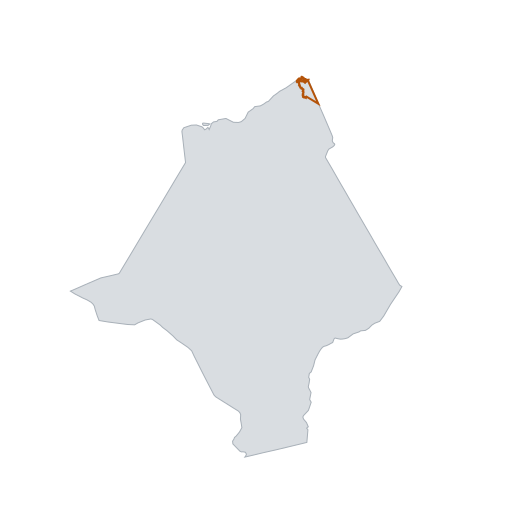 Lunga Lunga, Coast, Kenya shown in context, rotated 211°
{"feature_id": "3690345B53478860661951", "entity_name": "Lunga Lunga", "entity_type": "district", "adm_level": 2, "iso_a3": "KEN", "parent_name": "Kenya", "parent_adm1": "Coast", "projection": "albers", "projection_center": [39.245, -4.434], "detail": "fine", "context": "in_parent", "style": "outline", "palette": "amber", "viewbox_px": 512, "rotation_deg": 211, "n_neighbors": 0, "source": "geoboundaries", "source_scale": "gbopen_adm2", "svg_char_len": 7030}
<svg xmlns="http://www.w3.org/2000/svg" viewBox="0 0 512 512"><g transform="rotate(211 256 256)"><path d="M115.2,305.0L115.0,299.0L115.8,283.8L115.6,270.4L116.3,263.7L119.6,259.5L121.1,256.4L122.1,252.1L123.9,248.6L127.8,245.7L128.5,244.1L132.6,239.3L135.1,233.2L137.0,231.1L139.3,229.2L141.0,228.1L143.7,227.1L145.8,226.5L146.2,226.0L146.4,225.0L145.7,221.3L146.6,220.0L148.0,217.5L149.7,215.1L151.2,213.6L152.0,212.0L152.4,209.4L152.5,207.5L152.4,204.4L151.9,197.4L150.1,191.5L149.0,185.0L149.8,182.8L148.3,179.0L147.7,178.8L146.5,177.9L145.0,174.3L143.9,171.0L143.2,170.2L138.5,167.3L136.1,160.6L133.4,159.1L131.9,152.3L131.6,150.4L133.1,143.6L132.9,142.1L131.3,140.7L126.9,139.2L123.2,136.5L123.7,135.5L123.9,134.5L122.0,133.8L116.4,122.4L123.5,115.4L130.7,108.3L139.8,99.4L148.3,91.3L155.5,84.2L162.0,77.9L161.9,79.1L161.9,80.7L162.7,81.6L164.1,82.3L166.0,81.6L167.6,80.6L169.2,80.4L179.0,83.0L180.7,85.2L180.6,87.7L181.0,89.4L180.3,91.2L179.5,96.6L179.7,101.6L182.7,105.2L185.3,108.1L187.4,112.1L189.0,113.3L191.1,114.0L197.9,114.1L207.8,114.3L217.4,114.5L218.3,114.6L220.4,115.2L229.2,120.6L237.3,125.6L244.2,129.9L250.8,134.1L257.3,138.2L262.3,141.6L267.2,142.6L275.3,143.1L280.8,143.3L285.9,144.7L293.6,146.1L299.3,146.7L302.7,147.5L312.2,148.3L313.8,147.8L318.0,144.1L322.7,137.9L324.6,134.5L330.7,131.2L341.4,126.5L348.9,123.2L357.3,119.9L361.1,122.8L366.4,127.4L368.7,129.7L370.6,130.7L373.5,131.4L377.0,131.4L378.9,131.3L382.7,130.8L391.8,130.2L397.0,130.3L392.6,136.4L387.4,143.8L377.7,157.3L370.3,164.4L364.8,169.8L364.3,170.7L364.3,176.8L364.3,191.5L364.4,221.0L364.4,250.5L364.5,280.0L364.5,294.8L364.5,299.8L369.3,306.0L374.0,312.1L380.2,320.2L383.6,324.5L384.1,325.9L383.9,328.8L378.8,334.8L374.6,337.6L368.9,338.9L367.2,338.6L365.0,337.7L364.1,339.2L363.5,341.4L362.2,341.0L361.3,340.3L361.8,344.3L362.4,346.3L361.5,349.0L358.8,351.3L358.5,353.3L352.6,358.4L344.2,359.0L339.7,361.5L337.8,363.6L336.2,368.2L336.8,375.3L334.4,380.7L334.0,383.4L329.6,386.9L327.7,390.1L326.3,393.4L325.0,394.9L323.5,402.2L321.5,406.7L321.0,408.2L320.5,409.5L318.9,412.1L317.9,413.9L317.1,415.1L312.0,426.6L308.0,431.7L304.9,431.2L302.8,433.2L302.6,434.1L301.5,433.6L298.8,431.7L293.5,427.8L288.1,423.9L282.7,420.0L277.3,416.1L271.9,412.3L266.5,408.4L261.1,404.5L255.7,400.6L252.6,398.3L251.2,397.0L250.1,394.3L249.5,393.6L248.1,392.8L246.4,392.6L245.9,392.1L245.9,390.8L246.5,388.9L248.5,385.4L248.7,383.3L248.3,380.9L247.7,377.1L247.1,376.2L243.5,374.2L236.0,370.1L228.5,365.9L221.0,361.7L213.5,357.6L206.0,353.4L198.5,349.3L191.0,345.1L183.5,341.0L175.9,336.8L168.4,332.7L160.9,328.5L153.4,324.4L145.8,320.3L138.3,316.1L130.8,312.0L123.2,307.9L120.4,306.3L117.8,305.0L115.2,305.0ZM364.9,345.0L363.6,345.4L364.3,343.3L368.2,340.8L369.7,341.4L370.0,341.9L370.0,342.5L369.3,343.0L364.9,345.0Z" fill="#d9dde1" stroke="#a8b0b8" stroke-width="1"/><path d="M281.0,418.6L299.1,431.2L300.7,432.3L301.5,432.9L301.6,433.2L301.9,433.2L302.0,433.5L302.4,433.6L302.5,433.5L302.5,433.4L302.4,433.3L302.3,433.2L302.2,433.0L302.2,432.7L302.3,432.3L302.4,432.1L302.5,432.0L302.5,431.9L302.6,431.7L302.7,431.3L302.7,431.2L302.9,431.1L303.0,431.1L303.1,430.9L303.3,430.8L303.5,430.8L303.6,431.0L303.8,430.9L304.0,431.0L304.1,430.9L303.8,430.6L303.6,430.6L303.6,430.4L303.4,430.2L303.2,429.8L303.2,429.7L303.3,429.7L303.5,429.8L303.6,430.0L303.9,430.1L304.0,430.2L304.4,430.1L304.4,430.3L304.5,430.2L304.9,429.9L305.1,429.8L305.2,429.7L305.3,429.7L305.5,429.7L305.6,429.8L305.9,429.7L306.0,429.7L305.8,430.2L305.8,430.4L305.8,430.5L305.7,431.0L306.0,431.0L306.0,431.4L305.9,431.3L305.7,431.4L305.7,431.5L305.6,431.9L305.8,432.0L306.0,432.0L306.3,432.2L306.7,432.2L307.0,432.1L307.4,432.2L307.8,432.4L308.2,432.5L308.7,432.5L308.9,432.4L309.1,432.3L308.8,431.7L308.7,431.3L308.6,431.1L308.5,430.8L308.5,430.7L308.9,430.7L309.0,430.5L308.8,430.4L309.0,430.4L308.8,430.3L308.6,430.1L308.5,430.4L308.4,430.3L308.4,430.2L308.5,430.1L308.4,429.8L308.4,429.6L308.3,429.4L308.1,429.3L307.9,429.2L308.0,429.0L308.1,428.9L308.0,428.7L308.1,428.8L308.3,428.9L308.5,428.9L308.5,429.0L308.4,429.0L308.5,429.1L308.9,429.0L309.0,429.0L309.3,428.9L309.3,428.5L309.4,428.4L309.7,428.6L309.8,428.6L309.8,428.4L309.8,428.2L309.7,427.8L309.8,427.8L310.2,428.0L310.3,427.8L310.3,427.7L310.5,427.7L310.6,427.8L310.6,428.0L310.8,428.0L310.9,428.3L311.0,428.4L311.1,427.9L311.3,427.6L311.3,427.3L310.8,426.5L310.5,426.8L310.1,427.2L309.9,427.2L309.7,427.2L309.6,426.9L309.4,426.8L309.4,426.7L309.1,426.9L308.8,426.8L308.6,427.0L308.4,427.1L308.1,426.7L307.9,426.3L307.9,426.1L307.7,425.9L307.8,425.7L307.7,425.6L307.4,425.5L307.2,425.5L307.0,425.4L306.9,425.1L307.0,425.0L306.7,424.8L306.6,424.6L306.7,424.4L306.4,424.3L306.2,424.4L306.1,424.0L305.9,423.9L305.7,423.9L305.6,424.0L305.4,423.8L305.2,423.8L305.0,423.5L304.9,423.6L304.7,423.4L304.3,423.3L304.2,423.4L303.8,423.5L303.6,423.4L303.4,423.6L303.2,423.4L303.2,423.2L303.0,423.3L302.9,423.1L302.7,423.1L302.4,423.0L302.1,423.2L301.9,423.3L301.7,423.3L301.7,423.2L301.5,423.3L301.2,423.2L301.2,422.9L300.9,422.7L300.9,422.1L300.9,421.9L300.7,422.0L300.5,421.8L300.4,421.8L300.3,421.7L300.4,421.4L300.4,421.1L300.3,420.9L300.1,420.8L299.9,421.0L299.7,420.9L299.5,420.7L299.4,420.5L299.3,420.2L299.4,419.9L299.4,419.7L299.4,419.2L299.2,419.1L299.3,418.9L299.2,418.6L299.0,418.4L298.8,418.4L298.6,418.2L298.7,417.8L298.5,417.7L298.4,417.8L298.2,418.0L298.1,417.8L297.8,417.7L297.6,417.6L297.7,417.4L297.6,417.1L297.9,417.1L297.8,416.6L297.6,416.5L297.4,416.5L297.4,416.8L297.5,416.9L297.4,416.9L297.2,416.8L297.0,417.1L296.8,417.1L296.7,417.0L296.7,416.6L296.4,416.6L296.2,416.7L296.3,416.8L296.2,416.9L296.2,417.0L295.9,417.5L295.7,417.7L295.4,417.6L295.1,417.6L294.9,417.3L294.8,417.2L294.6,417.2L294.8,418.4L294.8,418.6L281.0,418.6ZM310.7,429.4L310.8,429.3L311.0,429.1L311.0,428.6L310.9,428.5L310.7,428.4L310.6,428.5L310.5,428.8L310.6,429.0L310.4,429.2L310.4,429.3L310.1,429.3L310.0,429.2L309.9,429.3L309.7,429.3L310.0,429.6L310.0,430.0L310.1,430.4L310.2,430.5L310.3,430.5L310.3,430.3L310.6,430.2L310.7,429.9L310.7,429.4ZM307.6,432.8L307.5,432.7L307.4,432.7L307.3,432.8L307.2,433.0L307.2,433.3L307.7,433.3L308.3,433.2L308.7,433.3L308.8,433.3L309.0,433.2L308.8,432.8L308.7,432.8L308.0,432.8L307.6,432.8ZM305.4,430.4L305.7,430.1L305.7,429.8L305.3,429.9L305.2,430.0L305.4,430.5L305.4,430.4ZM304.6,433.3L304.8,433.2L304.4,432.8L304.3,433.1L304.6,433.3ZM309.1,429.6L308.8,429.7L308.8,429.8L308.7,429.9L308.8,429.9L308.8,430.0L309.2,430.0L309.2,429.9L309.4,429.8L309.4,429.7L309.1,429.7L309.1,429.6ZM302.4,433.0L302.5,432.9L302.5,432.7L302.3,432.7L302.4,432.9L302.4,433.0ZM309.9,430.2L309.7,430.1L309.8,430.3L309.9,430.2ZM308.7,429.4L308.6,429.2L308.5,429.3L308.7,429.4ZM305.0,430.7L304.9,430.6L305.0,430.8L305.0,430.7ZM308.9,429.6L308.8,429.3L308.7,429.4L308.8,429.6L308.9,429.6ZM302.8,433.0L302.7,432.9L302.6,433.1L302.8,433.0L302.8,433.0ZM302.5,433.4L302.7,433.2L302.5,433.3L302.5,433.4ZM308.5,429.3L308.4,429.2L308.5,429.3ZM303.0,432.5L302.9,432.5L303.0,432.5Z" fill="none" stroke="#b45309" stroke-width="2"/></g></svg>